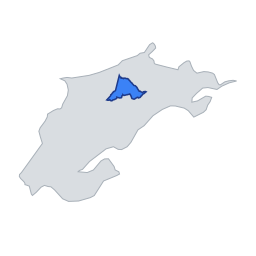 Turrialba, Cartago, Costa Rica shown in context, rotated 284°
{"feature_id": "36466004B38119903555726", "entity_name": "Turrialba", "entity_type": "district", "adm_level": 2, "iso_a3": "CRI", "parent_name": "Costa Rica", "parent_adm1": "Cartago", "projection": "robinson", "projection_center": [-83.562, 9.784], "detail": "fine", "context": "in_parent", "style": "filled", "palette": "blue", "viewbox_px": 256, "rotation_deg": 284, "n_neighbors": 0, "source": "geoboundaries", "source_scale": "gbopen_adm2", "svg_char_len": 5721}
<svg xmlns="http://www.w3.org/2000/svg" viewBox="0 0 256 256"><g transform="rotate(284 128 128)"><path d="M216.6,131.2L216.3,132.3L215.4,133.5L214.1,134.7L212.3,135.5L208.1,133.1L204.0,130.3L201.7,131.6L200.9,135.1L199.3,137.0L197.4,137.7L196.6,138.9L196.5,151.0L196.6,162.4L199.7,162.6L205.0,166.6L207.2,168.9L207.9,171.0L207.2,172.1L203.4,174.6L199.7,177.7L197.9,181.6L201.1,188.0L201.8,192.3L201.7,196.8L200.8,198.9L193.6,204.1L192.0,205.9L192.2,207.2L196.2,210.8L198.1,214.2L199.7,218.4L199.9,222.0L196.3,215.3L191.3,208.9L186.9,205.0L186.6,195.8L184.8,190.8L178.3,186.2L172.7,183.0L168.5,183.7L171.1,188.9L177.7,195.7L178.1,198.3L178.0,201.8L173.5,201.3L169.5,199.8L164.6,199.4L161.4,197.3L154.5,189.2L159.4,182.3L160.9,177.8L160.8,168.4L159.7,163.8L154.4,156.9L146.0,149.3L134.2,143.1L128.6,138.1L114.8,134.3L109.6,131.7L105.5,127.0L104.9,123.6L106.3,118.4L102.5,111.8L86.1,98.7L76.9,93.9L75.0,91.1L73.5,90.2L74.9,99.2L78.9,104.6L89.4,109.7L92.3,112.7L93.4,116.5L87.3,123.8L84.2,125.7L83.3,129.7L81.3,130.9L79.2,128.6L70.7,117.1L54.3,111.6L51.3,108.2L45.2,97.7L42.4,88.1L43.5,81.7L50.2,71.7L52.3,67.4L51.9,64.7L52.1,60.8L49.6,58.0L43.4,54.5L39.4,51.6L40.5,50.2L47.7,46.3L48.1,42.8L48.1,41.7L49.3,41.4L50.3,40.5L51.0,39.5L52.9,36.2L54.6,34.3L56.6,34.0L59.0,35.4L68.0,39.0L78.0,43.0L92.3,48.7L98.2,45.1L103.3,42.3L106.9,42.7L114.6,45.9L119.2,47.0L122.0,46.6L126.9,51.4L129.6,55.0L130.0,57.4L131.5,58.7L135.4,58.9L144.7,61.4L150.4,60.9L155.7,58.3L158.5,55.3L159.4,50.4L160.7,52.8L162.3,56.6L162.9,61.4L169.7,77.6L175.0,86.7L186.8,103.2L191.9,106.2L200.5,119.5L203.5,121.7L205.2,125.6L214.1,128.8L216.6,131.2Z" fill="#d9dde1" stroke="#a8b0b8" stroke-width="1"/><path d="M167.5,136.8L167.6,136.3L167.5,136.2L167.6,135.8L167.6,135.7L167.4,135.5L167.3,135.4L167.2,135.1L167.2,134.9L167.1,134.6L167.0,134.3L166.8,134.2L166.7,134.1L166.2,133.7L166.1,133.4L166.1,133.1L166.1,132.6L166.2,132.1L166.3,131.8L166.4,131.5L166.5,131.3L166.7,130.9L166.6,130.4L166.4,130.3L166.4,130.2L166.4,129.9L166.5,129.8L166.6,129.7L166.8,129.6L166.9,129.4L167.4,129.0L167.5,128.9L167.5,128.7L167.8,128.3L167.9,128.2L168.1,128.0L168.3,127.9L168.6,127.8L168.7,127.7L168.8,127.6L168.9,127.3L169.0,127.2L169.3,126.9L169.5,126.9L169.6,126.6L169.8,126.5L169.9,126.3L170.0,126.2L170.1,125.9L170.3,125.7L170.5,125.3L170.7,125.0L170.7,124.9L170.8,124.6L170.8,124.4L170.7,123.8L170.7,123.6L170.7,123.4L170.9,123.1L171.0,123.0L171.5,122.4L171.6,122.1L171.8,121.9L171.9,121.6L172.1,121.4L172.5,121.2L172.6,120.8L172.6,120.7L172.9,120.3L172.9,120.2L173.0,120.1L173.1,119.8L173.2,119.6L173.5,119.2L173.8,119.0L173.9,118.9L174.0,118.7L174.1,118.4L174.3,118.2L174.5,118.0L174.5,117.9L174.6,117.6L174.7,117.4L174.8,117.3L175.0,117.2L175.3,116.8L175.3,116.7L175.4,116.4L175.6,116.4L175.6,116.0L175.6,115.9L175.8,115.4L175.8,115.1L175.6,114.9L175.6,114.7L175.5,114.2L175.5,113.9L175.6,113.7L175.7,113.4L175.7,113.2L175.6,112.7L175.4,112.4L175.4,112.2L175.2,112.1L175.0,111.9L175.1,111.7L174.9,111.5L175.0,111.4L174.9,111.3L174.9,111.1L175.0,111.0L175.0,110.8L175.1,110.7L174.9,110.4L174.9,110.2L174.9,109.9L174.7,109.6L174.7,109.4L175.0,109.5L175.1,109.4L175.5,109.1L175.5,108.9L175.5,108.7L175.5,108.3L175.5,108.2L175.9,107.8L176.0,107.7L176.3,107.4L176.4,107.2L176.9,106.8L169.6,106.8L169.3,106.8L164.6,106.8L161.5,106.8L160.7,106.4L160.3,105.8L160.2,105.8L160.0,105.7L159.9,105.5L159.7,105.4L159.7,105.2L159.4,105.2L159.2,105.0L159.0,104.9L158.9,104.7L158.7,104.7L158.3,104.6L158.0,104.3L157.8,104.2L157.7,104.2L157.4,104.1L157.1,104.0L156.8,103.9L156.6,103.8L156.6,103.7L156.4,103.5L156.3,103.4L156.0,103.2L155.9,103.2L155.7,103.3L155.4,103.3L155.0,103.3L150.1,100.6L150.1,100.9L150.1,101.0L150.0,101.3L150.0,101.5L150.3,101.8L150.3,102.0L150.2,102.4L150.3,102.8L150.5,103.1L150.7,103.3L150.9,103.4L151.0,103.4L151.0,103.5L150.9,103.8L150.8,104.0L150.7,104.1L150.6,104.3L150.3,104.7L150.3,104.8L150.4,105.1L150.4,105.5L150.5,105.8L150.7,106.0L150.8,106.1L151.0,106.3L151.3,106.3L151.6,106.6L151.8,106.8L151.9,107.0L151.9,107.3L152.0,107.5L152.3,107.9L152.4,108.2L152.5,108.3L152.9,108.5L153.1,108.7L153.2,108.9L153.2,109.1L153.3,109.2L153.5,109.3L153.8,109.7L154.0,109.8L154.3,109.8L154.5,109.8L154.7,110.0L154.8,110.0L155.2,109.8L155.1,112.4L155.2,112.5L155.2,112.9L155.3,113.1L155.4,113.3L155.5,113.5L155.6,114.0L155.8,114.2L155.9,114.3L156.0,114.4L156.7,114.4L156.8,114.4L157.1,114.4L157.4,114.2L157.5,114.2L157.8,114.4L158.0,114.5L158.2,114.8L158.4,114.9L158.5,114.9L158.9,114.9L158.8,115.0L158.9,115.3L158.9,115.5L158.8,115.8L158.8,116.1L158.7,116.2L158.6,116.3L158.9,116.8L159.0,116.9L159.1,117.2L159.2,117.3L159.2,117.5L159.4,117.7L159.5,117.9L159.6,118.1L159.9,118.7L160.1,118.8L160.2,119.0L160.1,119.3L160.2,119.5L160.3,119.6L160.4,119.8L160.5,119.9L160.6,120.0L160.9,120.9L161.0,120.9L161.1,121.1L161.4,121.3L161.5,121.5L160.4,122.7L160.3,122.8L160.2,122.8L159.5,123.4L159.1,123.5L158.8,123.9L158.6,124.0L158.4,124.1L158.2,124.2L157.9,124.3L157.8,124.5L157.7,124.7L157.5,124.9L157.5,125.1L157.5,125.3L157.5,125.6L157.5,125.8L157.4,126.4L157.4,126.6L157.4,126.8L157.6,127.3L157.8,127.5L158.1,127.8L158.3,127.8L158.6,128.2L158.9,128.4L159.1,128.7L159.3,128.9L159.4,129.0L159.5,129.4L159.7,129.5L160.0,129.5L160.2,130.0L160.2,130.3L160.0,130.7L159.8,131.0L160.0,131.1L160.1,131.4L160.1,131.5L160.2,131.8L160.4,132.1L160.6,132.3L160.8,132.4L160.9,132.5L161.2,132.6L161.3,132.7L161.7,132.7L161.9,132.7L162.0,133.0L162.6,133.4L162.7,133.5L163.0,133.6L163.5,133.8L164.1,133.9L164.4,133.9L164.6,134.3L164.7,134.6L164.8,134.7L164.9,134.8L165.0,134.9L165.2,135.1L165.3,135.2L165.4,135.3L165.6,135.4L165.7,135.5L165.9,135.6L166.0,135.6L166.3,135.8L166.5,136.1L166.8,136.2L167.1,136.5L167.5,136.8Z" fill="#3b82f6" stroke="#1e3a8a" stroke-width="1.5"/></g></svg>